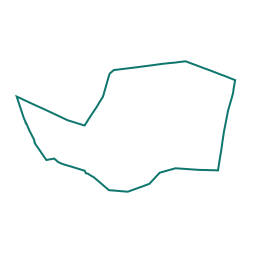 Lierne nor, Nord-Trøndelag, Norway, rotated 267°
{"feature_id": "86288312B74220528840082", "entity_name": "Lierne nor", "entity_type": "district", "adm_level": 2, "iso_a3": "NOR", "parent_name": "Norway", "parent_adm1": "Nord-Trøndelag", "projection": "mercator", "projection_center": [13.62, 64.418], "detail": "fine", "context": "isolated", "style": "outline", "palette": "teal", "viewbox_px": 256, "rotation_deg": 267, "n_neighbors": 0, "source": "geoboundaries", "source_scale": "gbopen_adm2", "svg_char_len": 1862}
<svg xmlns="http://www.w3.org/2000/svg" viewBox="0 0 256 256"><g transform="rotate(267 128 128)"><path d="M81.0,215.7L91.2,217.8L100.6,219.9L108.9,221.5L119.2,223.6L126.4,225.4L129.5,226.2L133.6,227.2L140.0,228.8L150.4,232.4L151.2,232.7L157.6,234.8L162.1,235.6L166.6,236.7L170.2,237.5L172.1,233.3L174.7,227.7L176.3,223.9L179.5,216.8L181.5,212.3L184.3,205.7L186.3,201.2L187.3,199.0L187.8,197.7L191.6,189.0L191.5,186.8L191.4,185.2L190.8,177.5L190.7,174.0L190.6,171.9L190.2,164.9L189.5,156.7L188.3,141.1L187.8,134.2L187.1,124.2L186.6,116.9L184.7,114.4L183.2,112.5L179.7,111.2L166.9,106.8L160.5,104.6L158.3,103.0L150.2,97.5L144.4,93.1L144.1,92.9L138.2,88.6L137.3,88.0L132.8,84.8L132.8,84.7L132.9,84.4L133.2,83.4L133.9,81.7L134.9,78.9L135.5,77.2L136.0,76.1L136.2,75.5L138.5,69.2L138.8,68.5L138.8,68.3L144.9,57.0L149.2,48.9L151.3,45.0L151.7,44.2L151.9,43.8L153.3,41.1L155.0,37.9L155.0,37.7L155.6,36.6L158.4,31.3L162.3,24.0L162.8,23.1L163.5,21.8L165.2,18.5L151.4,22.3L144.7,24.1L142.8,24.7L141.3,25.3L140.1,25.7L139.0,26.2L138.9,26.2L138.7,26.0L138.4,26.0L138.2,26.2L138.2,26.3L137.9,26.4L137.7,26.5L137.4,26.7L137.4,26.8L137.1,27.0L136.3,27.3L135.5,27.6L134.4,28.0L134.0,28.1L133.8,28.2L133.3,28.4L132.0,28.9L131.3,29.1L121.0,33.7L120.9,33.7L120.7,33.6L120.4,33.7L120.3,33.8L120.2,33.8L118.9,33.9L118.0,34.1L117.9,34.1L117.7,34.2L117.7,34.3L117.4,34.3L116.6,34.8L115.7,35.3L114.1,36.3L111.6,37.9L108.8,39.6L108.6,39.7L103.2,43.0L100.3,44.8L100.7,47.5L101.3,52.8L98.8,55.3L97.5,56.7L97.2,57.4L96.8,58.1L95.3,61.1L92.2,69.9L91.6,71.5L89.6,77.0L89.4,77.6L87.6,82.5L85.0,83.6L84.6,85.4L83.9,86.3L82.2,88.7L80.9,90.9L77.2,94.9L66.9,105.7L66.5,108.7L66.5,108.9L66.5,109.2L66.5,109.3L66.4,109.4L66.4,109.9L66.3,110.1L66.3,110.6L66.1,112.0L65.4,116.8L64.4,124.5L71.1,146.4L81.7,157.3L85.3,173.4L82.5,196.3L81.0,215.7Z" fill="none" stroke="#0f766e" stroke-width="2"/></g></svg>